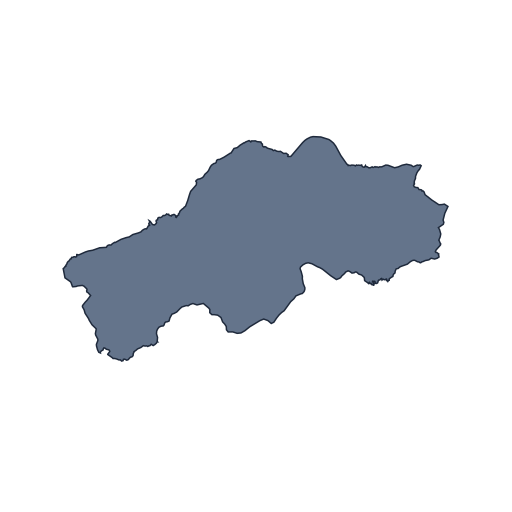 Namor, Oudômxai, Laos, rotated 217°
{"feature_id": "54806243B14770946613819", "entity_name": "Namor", "entity_type": "district", "adm_level": 2, "iso_a3": "LAO", "parent_name": "Laos", "parent_adm1": "Oudômxai", "projection": "robinson", "projection_center": [101.708, 20.926], "detail": "fine", "context": "isolated", "style": "filled", "palette": "slate", "viewbox_px": 512, "rotation_deg": 217, "n_neighbors": 0, "source": "geoboundaries", "source_scale": "gbopen_adm2", "svg_char_len": 6135}
<svg xmlns="http://www.w3.org/2000/svg" viewBox="0 0 512 512"><g transform="rotate(217 256 256)"><path d="M322.0,84.9L322.4,85.2L322.4,87.2L321.6,88.9L322.2,90.3L322.1,91.2L320.6,91.6L319.5,91.4L317.1,92.5L315.9,92.2L315.3,91.7L315.3,88.5L315.1,88.1L309.5,88.3L308.5,88.1L307.0,89.2L305.3,89.9L303.0,90.5L301.8,91.4L300.1,91.2L299.2,92.4L299.7,93.7L298.8,94.6L296.5,95.0L295.6,96.5L295.6,98.1L295.3,99.7L294.4,100.7L294.2,101.9L294.3,102.6L295.4,104.4L295.5,105.6L295.9,106.1L295.1,108.4L294.7,110.5L292.9,113.6L292.0,116.6L290.4,117.3L289.3,118.4L288.0,118.6L287.5,119.8L286.8,120.4L286.6,122.4L284.2,122.6L283.5,124.4L283.1,126.5L283.3,127.9L282.9,128.2L283.5,128.3L285.6,131.7L288.7,134.0L290.2,136.4L290.7,138.9L290.6,140.9L289.5,142.9L288.0,144.3L287.9,145.5L288.6,147.6L288.5,148.8L287.2,150.2L286.3,151.7L287.5,154.8L288.1,159.0L286.9,160.8L285.6,163.6L285.0,168.5L284.5,170.7L281.9,174.4L280.2,175.4L279.4,177.7L277.8,180.1L273.7,181.4L269.5,186.4L262.4,186.0L260.7,185.5L258.8,182.9L255.9,182.6L254.1,184.0L251.0,185.7L247.0,185.8L243.0,183.3L240.0,182.8L237.3,181.8L235.2,179.3L232.5,178.6L228.9,181.4L224.5,182.9L221.7,185.5L219.9,189.7L218.4,195.7L214.0,206.7L211.9,210.3L207.6,211.6L203.2,211.3L201.9,213.9L202.2,218.8L202.1,222.8L201.5,226.4L200.6,229.2L200.8,240.4L200.0,244.6L200.1,248.2L197.4,252.8L196.5,253.8L196.2,255.7L196.3,257.1L197.0,258.9L197.9,260.1L201.6,262.3L205.3,265.7L206.7,267.7L210.5,270.7L213.2,272.4L213.8,274.0L213.2,277.2L211.9,280.1L210.2,282.0L206.6,283.5L200.4,284.4L198.0,285.1L194.8,285.5L184.5,285.2L177.6,285.6L175.8,288.6L175.4,289.8L175.5,291.6L174.7,295.5L174.8,297.0L173.5,299.6L171.4,300.1L169.1,300.1L167.5,301.7L167.0,303.1L165.8,303.7L163.0,303.4L160.2,304.4L156.6,304.0L154.4,301.7L150.7,301.9L149.4,301.7L149.2,302.1L149.7,303.0L149.6,303.3L149.3,303.3L148.6,302.6L147.8,302.8L147.5,303.4L146.2,302.8L145.4,303.3L144.7,303.3L144.4,303.5L144.5,304.1L147.7,305.9L147.6,306.2L146.3,306.4L146.4,307.0L145.9,307.2L145.1,306.9L144.6,305.7L143.1,306.7L142.7,307.8L143.6,310.2L143.5,310.6L142.7,311.3L142.6,312.9L142.2,313.6L140.9,312.6L140.6,314.0L139.4,314.2L138.4,314.9L138.2,316.0L137.8,316.1L137.2,315.7L136.8,315.0L136.0,315.2L135.4,315.0L135.5,316.0L135.0,316.8L135.8,317.8L135.8,318.2L135.0,320.7L134.4,321.9L134.5,322.5L134.9,322.9L135.2,324.4L134.8,326.1L135.7,327.6L136.3,329.9L136.0,330.5L135.0,331.5L134.6,333.6L133.9,335.0L130.2,340.6L129.3,344.4L128.4,346.4L127.8,347.2L126.7,348.1L123.5,348.6L122.4,349.3L121.3,349.3L120.4,349.7L120.1,351.0L119.3,352.0L118.1,354.2L115.6,357.0L114.8,359.6L111.5,361.1L109.9,363.3L109.8,363.9L109.2,365.0L109.7,365.9L111.1,366.8L111.2,367.6L113.9,367.6L114.5,367.1L115.1,367.2L115.5,367.5L115.8,369.4L115.3,375.2L115.3,375.7L115.8,376.3L115.7,376.8L117.4,377.5L118.9,378.5L119.5,378.6L120.4,382.1L121.7,384.8L125.4,387.6L127.4,388.4L125.5,394.1L126.2,395.9L128.2,397.3L130.9,403.7L132.5,411.1L136.8,410.8L138.5,408.9L140.8,407.0L149.4,406.5L157.9,406.7L160.3,408.3L161.7,408.5L162.5,407.8L163.0,408.3L164.0,408.3L165.8,407.2L167.9,408.0L169.5,407.0L171.3,406.5L172.7,407.3L172.8,409.0L173.5,409.2L174.1,410.5L174.6,411.0L175.3,413.9L176.5,415.6L177.6,419.4L177.8,422.5L177.5,423.2L178.4,427.5L179.7,427.5L180.9,426.2L182.0,425.7L183.8,422.4L184.2,422.1L184.6,421.9L186.6,421.9L191.0,419.9L193.9,416.5L196.0,412.8L198.4,409.9L205.2,407.9L207.1,406.7L209.2,402.9L211.1,401.4L211.5,400.4L212.5,400.2L213.4,399.7L213.7,399.1L214.7,399.0L215.5,397.4L216.2,397.0L216.9,397.1L218.0,395.0L219.1,394.3L220.8,394.2L221.9,393.5L223.0,394.2L222.9,392.2L223.5,391.7L225.0,391.4L226.4,392.3L227.3,391.1L228.8,390.3L229.6,389.4L230.6,389.1L230.8,387.8L232.3,387.5L234.0,386.4L234.6,385.9L234.8,385.2L235.6,384.9L236.9,383.7L237.6,384.3L238.6,384.0L248.8,387.3L258.4,391.7L262.1,392.8L265.8,393.0L267.9,392.9L275.8,390.1L282.3,385.7L284.0,383.7L285.7,380.3L286.5,377.8L287.0,374.6L288.1,356.5L290.3,354.7L290.7,354.7L291.2,356.2L293.7,356.2L295.7,354.5L299.5,354.3L300.6,353.2L302.5,352.2L304.7,351.9L305.6,350.6L307.2,350.8L312.0,348.9L312.6,349.1L313.8,349.0L314.9,348.6L315.2,347.8L316.6,347.7L317.4,348.2L318.2,349.2L319.6,349.3L320.7,350.0L323.9,348.0L325.7,347.6L328.9,345.1L328.8,344.0L331.0,344.0L333.0,340.7L333.3,339.4L333.8,339.1L335.4,334.9L336.2,331.3L338.3,328.6L337.9,323.3L338.4,322.7L341.0,315.7L342.6,312.4L343.2,311.2L344.3,310.3L344.8,309.5L344.9,308.5L344.1,306.7L344.3,305.7L345.3,304.5L346.2,301.7L346.1,299.5L345.3,295.6L345.4,293.5L346.0,290.5L345.7,287.8L346.0,286.2L347.2,283.9L348.6,282.4L349.2,280.4L349.1,279.5L347.8,279.1L346.5,276.9L347.1,268.3L346.1,265.1L343.9,259.2L342.2,253.3L342.7,251.7L342.7,250.5L343.2,249.1L343.7,246.0L343.1,244.3L343.2,242.8L342.5,242.3L343.1,240.7L342.8,240.1L342.9,238.8L343.6,238.8L344.2,239.9L346.2,240.0L346.7,239.7L347.1,238.8L347.8,238.3L347.6,237.1L349.9,236.2L350.9,236.8L351.9,235.9L352.7,235.8L352.8,234.5L353.3,233.4L354.5,232.5L354.7,230.6L355.3,229.3L356.7,228.5L357.2,227.2L356.4,225.6L356.8,225.3L357.1,224.5L356.9,223.8L355.4,222.7L355.3,221.9L355.7,219.8L357.1,219.0L358.3,219.0L361.3,220.0L362.5,219.9L361.2,219.2L361.2,217.5L360.4,216.7L359.8,216.8L359.4,216.4L360.1,215.2L359.7,211.8L360.8,211.1L361.4,210.2L362.2,208.2L362.4,206.0L363.8,203.7L367.3,199.0L368.7,195.0L370.8,192.5L373.8,188.1L376.5,182.1L377.1,181.9L378.1,179.4L378.4,177.5L380.0,176.4L380.7,175.3L380.9,174.5L380.7,172.9L385.8,168.5L389.9,162.3L392.9,159.1L394.7,156.5L397.9,150.7L398.8,149.7L399.6,149.6L400.0,149.3L398.9,147.5L399.6,146.5L400.2,146.4L401.0,145.8L401.4,144.7L402.3,144.2L402.4,143.7L401.9,142.6L402.5,141.9L402.4,139.3L402.7,138.8L402.8,137.3L402.3,135.9L402.2,134.0L401.7,133.3L402.2,132.7L402.0,131.6L402.4,129.9L395.4,123.6L388.8,123.8L387.8,123.5L384.3,121.2L383.8,121.1L381.3,123.4L380.5,124.7L377.0,128.0L375.2,128.4L371.4,127.9L370.6,127.3L370.3,126.2L369.5,125.5L367.9,125.6L364.3,124.9L364.3,118.8L364.6,116.5L364.7,112.1L364.1,111.0L360.9,109.6L358.0,107.4L352.0,105.2L350.5,104.3L345.6,102.4L339.9,101.7L339.4,101.1L337.6,97.4L336.5,96.4L332.3,94.4L331.4,93.3L330.3,89.4L329.3,88.2L326.2,85.8L323.6,84.5L322.0,84.9Z" fill="#64748b" stroke="#1e293b" stroke-width="1.5"/></g></svg>